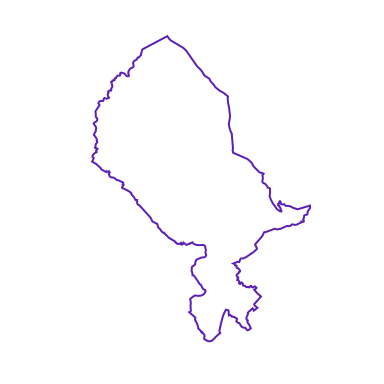 Buon Don, Đắk Lắk, Vietnam (orthographic projection), rotated 40°
{"feature_id": "81297802B42534502413482", "entity_name": "Buon Don", "entity_type": "district", "adm_level": 2, "iso_a3": "VNM", "parent_name": "Vietnam", "parent_adm1": "Đắk Lắk", "projection": "orthographic", "projection_center": [107.764, 12.878], "detail": "fine", "context": "isolated", "style": "outline", "palette": "violet", "viewbox_px": 384, "rotation_deg": 40, "n_neighbors": 0, "source": "geoboundaries", "source_scale": "gbopen_adm2", "svg_char_len": 6034}
<svg xmlns="http://www.w3.org/2000/svg" viewBox="0 0 384 384"><g transform="rotate(40 192 192)"><path d="M291.1,126.6L284.0,137.4L279.4,139.2L276.7,139.7L275.0,140.6L272.7,142.3L270.2,142.2L269.2,143.6L268.0,144.0L267.3,143.9L266.7,143.0L266.1,142.6L265.3,142.5L265.1,142.8L265.9,144.6L265.5,145.5L266.0,145.9L266.5,146.8L267.3,146.4L268.2,147.1L269.3,147.1L271.3,148.4L272.1,148.5L272.8,149.2L272.9,149.6L271.5,150.3L268.3,150.5L266.5,150.2L263.8,149.3L261.2,148.8L257.0,147.0L254.2,145.4L252.2,142.3L249.6,139.3L248.8,139.2L247.1,140.0L246.1,139.3L243.9,138.9L242.6,138.7L241.7,139.1L240.5,139.3L239.1,138.8L237.6,136.1L235.1,133.7L235.2,132.0L234.5,132.0L231.0,133.6L222.6,132.8L219.4,131.4L217.1,131.1L213.3,131.1L198.2,135.5L197.6,134.7L196.4,134.1L195.5,132.4L184.9,121.7L182.9,120.9L180.2,119.2L177.8,117.4L176.4,116.1L173.7,111.4L172.2,109.2L165.9,103.3L162.6,100.7L159.1,97.3L158.1,95.7L153.6,95.7L151.1,96.0L149.0,96.5L144.8,96.7L142.1,96.6L140.2,96.0L136.1,95.4L134.1,94.9L132.4,94.0L127.7,94.7L126.0,94.6L122.2,93.2L119.9,92.8L115.1,92.4L96.5,87.4L92.7,87.2L78.5,89.5L76.5,89.4L72.9,88.5L62.4,114.4L62.5,115.4L64.9,120.1L64.7,123.3L64.1,123.6L64.0,124.3L64.5,125.8L63.4,129.1L63.6,130.3L63.9,131.0L66.4,133.0L66.7,134.2L65.3,137.4L65.8,140.5L66.5,141.3L66.7,141.9L68.6,143.1L69.0,143.8L68.6,144.6L67.6,145.1L66.9,145.2L65.0,144.7L63.8,144.8L61.4,145.8L60.7,146.5L60.7,147.3L61.7,148.2L61.9,148.9L61.5,149.6L60.3,150.6L60.1,151.6L60.1,152.4L60.6,153.5L59.8,154.8L60.7,155.8L60.7,156.1L60.4,156.9L59.9,157.0L59.4,157.6L59.7,158.3L59.3,159.6L60.9,160.5L63.2,162.3L63.9,165.3L64.8,166.0L64.8,166.4L63.4,167.4L63.2,169.3L64.3,169.6L64.6,171.3L64.9,171.7L66.5,172.9L67.7,173.0L67.9,173.4L66.4,175.6L64.5,176.3L64.4,176.6L64.5,177.5L65.2,178.6L65.3,179.4L63.4,181.1L63.0,181.9L62.9,183.5L63.5,184.4L64.8,184.5L65.4,185.2L66.1,191.6L66.4,192.6L67.5,193.4L70.0,196.3L72.2,196.6L73.0,197.7L73.3,198.4L73.3,199.7L72.5,201.9L72.9,203.0L76.2,203.8L77.6,204.6L78.2,205.9L79.3,207.5L79.4,209.0L80.2,211.4L82.6,211.8L83.8,212.2L85.4,213.0L85.8,213.4L86.0,214.0L87.4,214.7L87.5,217.2L88.9,219.2L89.0,220.2L89.7,220.5L90.9,219.8L91.9,219.7L91.9,222.0L93.3,222.7L93.4,223.0L92.5,224.2L92.3,227.5L92.5,228.3L93.5,229.2L94.3,229.0L94.8,229.1L95.5,230.8L95.9,232.9L100.9,232.1L106.8,232.4L107.8,232.9L110.0,232.6L113.5,231.8L113.4,230.9L115.0,230.5L115.1,229.7L115.6,230.0L116.3,229.8L116.9,232.0L117.9,232.2L119.1,233.0L121.0,232.6L122.3,231.6L124.2,231.1L126.8,231.2L128.2,230.2L129.5,230.0L132.9,229.0L133.3,229.1L133.3,229.5L133.8,229.8L133.9,230.5L135.0,230.5L135.1,231.3L135.0,232.1L135.4,233.4L135.8,233.7L143.1,232.0L146.0,231.8L146.1,232.1L148.3,233.0L150.4,233.0L153.6,234.4L154.1,234.1L154.4,234.2L155.0,233.6L155.2,234.1L156.4,234.8L157.1,235.8L158.6,236.5L159.7,236.1L160.9,236.1L176.4,238.2L180.6,240.0L186.0,238.8L188.3,240.6L189.3,240.9L190.5,240.8L191.0,241.1L191.8,241.0L194.1,241.8L196.1,241.8L196.5,241.6L196.9,241.0L198.7,241.7L199.6,241.5L203.6,242.0L204.4,241.7L206.2,241.7L207.2,241.2L208.1,241.4L210.0,240.7L211.1,241.2L212.0,241.0L212.9,241.3L213.5,240.9L214.4,241.1L215.8,239.5L217.2,239.2L217.0,238.8L216.2,238.7L216.3,237.8L216.8,237.8L217.8,238.7L218.3,238.5L218.5,237.1L218.2,236.2L221.7,236.2L222.9,233.9L223.6,233.2L223.6,232.0L224.2,231.5L224.8,230.3L225.2,230.6L226.6,230.6L228.8,230.0L231.1,228.6L234.7,225.3L236.0,224.9L236.9,225.1L238.9,226.8L239.9,227.5L241.4,230.0L243.3,231.0L243.8,231.9L243.4,234.1L241.3,236.2L238.9,241.0L239.4,243.0L240.9,245.5L240.9,246.5L240.1,248.8L240.2,249.6L242.2,252.5L244.8,254.2L245.8,255.4L247.3,254.8L255.8,257.1L256.8,257.7L258.2,257.3L261.9,258.9L263.5,259.1L265.0,258.6L265.7,258.8L266.3,259.5L266.8,262.2L266.2,264.3L265.0,266.2L262.9,268.1L261.0,269.1L260.0,271.4L259.4,274.9L259.7,275.6L260.5,275.9L261.6,277.1L262.3,277.6L264.1,280.2L267.5,283.8L267.7,284.7L267.2,285.8L275.4,286.1L276.4,287.9L280.9,289.8L283.9,291.8L284.4,292.5L287.2,292.7L288.4,292.9L289.2,293.3L289.4,292.8L289.6,292.7L290.3,292.9L290.7,293.4L291.5,293.1L292.1,293.2L293.6,293.7L294.4,294.3L294.8,295.7L295.7,296.6L296.7,296.8L297.4,296.3L299.2,296.3L299.7,295.8L300.3,295.8L301.2,295.3L302.7,293.6L303.3,290.0L303.3,288.1L303.6,285.6L304.3,281.9L303.0,281.4L302.0,280.4L298.0,272.6L295.9,268.1L294.6,264.6L293.7,260.4L295.1,259.5L296.2,259.3L299.6,262.8L300.0,261.9L300.4,261.7L301.2,261.6L302.3,262.0L303.0,261.2L303.9,261.2L304.7,260.6L306.3,260.5L307.1,260.1L308.2,260.4L309.2,262.7L311.3,262.6L312.4,262.0L316.4,263.3L318.7,262.8L320.1,261.8L320.9,261.8L322.5,262.4L323.3,262.3L323.7,261.9L324.3,260.7L324.7,258.6L320.8,256.8L319.4,256.6L317.8,255.8L317.3,254.5L316.5,254.6L315.2,254.2L314.4,253.2L313.3,249.4L312.3,248.5L313.2,242.1L315.7,243.1L316.5,238.6L313.3,238.7L312.7,238.6L311.8,238.0L312.0,227.7L306.7,227.6L302.4,226.8L303.1,224.9L303.0,224.0L301.0,223.8L300.6,224.1L300.2,225.5L299.7,226.2L299.1,226.4L297.8,225.9L297.2,226.3L297.3,228.1L296.8,228.5L296.0,228.6L294.9,230.0L293.0,229.8L291.5,230.8L289.7,229.5L288.2,229.4L287.7,230.0L288.2,231.0L288.1,231.5L287.4,231.7L286.7,231.6L287.0,230.5L286.1,230.6L285.1,230.0L283.2,230.3L283.1,230.0L283.7,229.4L283.4,229.1L282.6,229.0L282.6,228.0L282.4,227.7L280.5,227.8L279.9,227.4L279.4,226.3L279.9,224.6L279.4,223.2L279.8,222.8L279.8,222.4L279.8,221.9L279.3,221.3L276.5,220.8L276.1,220.8L275.6,221.3L274.7,221.2L274.2,220.9L273.6,219.8L273.1,219.9L272.2,220.5L271.8,220.5L270.8,219.4L270.3,220.0L269.6,220.2L271.8,216.1L273.3,215.3L272.1,212.3L272.3,211.4L274.1,209.7L275.3,207.1L277.6,199.1L278.4,194.0L278.1,193.6L277.0,192.9L274.5,192.0L274.0,191.4L274.2,180.7L273.1,176.6L274.7,174.5L279.0,167.0L279.4,166.7L281.1,166.1L283.5,163.3L286.5,157.1L286.8,156.7L288.3,155.9L289.2,154.3L289.5,152.5L290.0,152.0L291.8,151.2L293.4,149.4L294.2,147.1L295.1,145.5L294.6,144.5L295.1,144.0L296.0,143.8L296.6,142.8L296.4,142.3L295.7,142.1L294.7,141.4L294.6,140.3L294.1,139.9L293.8,139.0L293.2,138.3L293.1,137.7L294.7,135.1L294.5,134.4L293.5,133.3L293.1,132.3L292.8,128.4L291.1,126.6Z" fill="none" stroke="#5b21b6" stroke-width="2"/></g></svg>